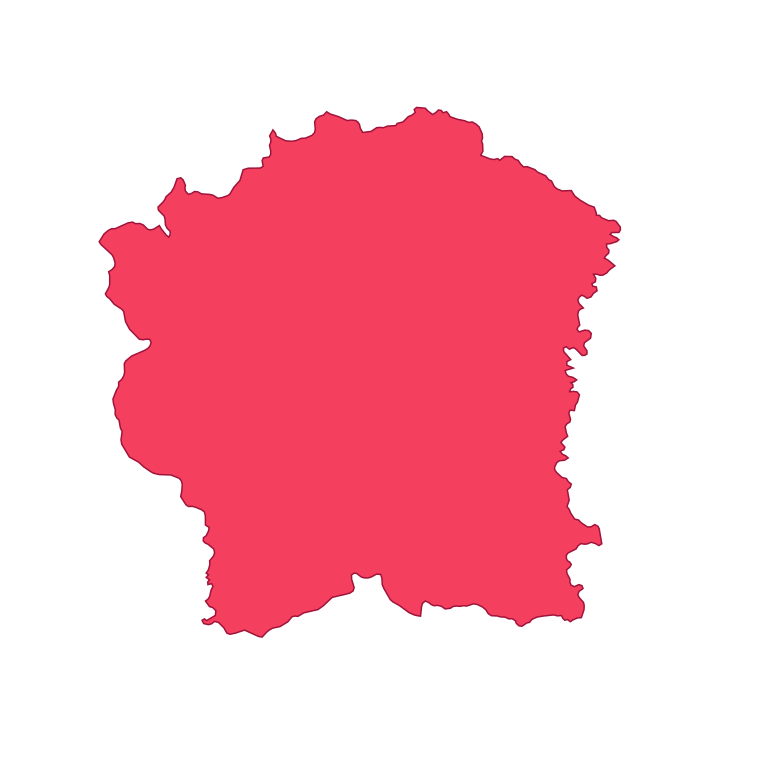 Patrocínio, Minas Gerais, Brazil, rotated 255°
{"feature_id": "56859067B77345042852245", "entity_name": "Patrocínio", "entity_type": "district", "adm_level": 2, "iso_a3": "BRA", "parent_name": "Brazil", "parent_adm1": "Minas Gerais", "projection": "albers", "projection_center": [-47.063, -18.985], "detail": "fine", "context": "isolated", "style": "filled", "palette": "rose", "viewbox_px": 768, "rotation_deg": 255, "n_neighbors": 0, "source": "geoboundaries", "source_scale": "gbopen_adm2", "svg_char_len": 6159}
<svg xmlns="http://www.w3.org/2000/svg" viewBox="0 0 768 768"><g transform="rotate(255 384 384)"><path d="M199.3,147.8L197.0,152.1L197.0,155.4L198.5,158.9L196.4,162.5L190.0,166.2L183.9,167.8L182.1,170.6L181.8,176.0L182.4,185.6L172.6,197.5L171.1,200.8L174.6,206.3L176.0,209.4L177.0,213.1L176.6,220.8L179.2,229.6L183.0,235.0L182.9,238.0L181.8,240.7L183.7,247.2L183.2,261.8L185.5,268.0L191.3,278.7L190.8,296.7L192.1,300.6L195.1,302.5L203.7,302.2L208.0,303.2L209.1,306.4L207.9,308.7L203.6,312.0L201.8,314.8L200.8,318.4L200.9,321.9L202.3,327.6L200.9,331.5L196.8,331.7L190.8,330.4L186.8,330.9L174.3,334.2L171.3,336.1L166.2,341.4L156.7,349.0L153.0,353.6L151.4,356.6L150.3,359.2L159.3,362.7L162.1,364.4L163.7,367.6L161.5,370.5L158.7,372.6L156.9,374.9L156.3,378.5L154.4,382.0L150.9,384.8L150.2,390.1L151.2,393.1L150.8,396.5L149.5,400.0L149.3,403.4L148.1,406.4L148.5,413.3L147.1,416.8L143.1,421.4L139.6,423.9L135.1,425.3L132.4,427.8L130.6,433.4L129.0,436.0L127.4,440.7L124.8,443.8L124.1,447.1L121.4,449.6L118.4,449.9L115.5,451.8L114.3,454.5L116.2,460.1L116.1,463.0L118.2,465.6L118.9,468.8L119.2,471.9L118.6,478.2L117.0,488.2L115.2,491.4L114.4,495.5L111.4,496.1L109.0,497.5L109.0,500.3L106.2,502.4L107.3,505.7L108.0,510.6L107.2,514.1L114.1,518.7L118.0,520.0L121.4,520.2L127.1,517.3L130.4,516.7L133.2,518.7L134.9,523.3L138.0,523.0L139.8,520.3L139.0,515.5L141.3,512.6L144.3,512.3L147.3,513.1L153.7,511.7L157.3,512.3L158.9,515.9L161.2,518.2L163.9,517.3L165.8,515.5L168.3,515.0L171.5,515.9L173.2,518.2L175.0,526.9L177.5,529.5L178.9,532.9L177.4,536.1L176.9,539.0L177.5,543.1L175.2,546.9L172.3,549.8L173.3,553.0L188.4,554.4L191.1,553.9L193.7,551.2L192.4,546.9L193.3,543.5L199.0,538.5L202.2,536.8L204.2,533.2L210.6,531.0L214.9,530.4L218.3,529.1L223.9,532.8L234.4,533.7L235.9,537.1L238.9,539.0L242.0,536.7L245.5,535.7L247.6,531.8L253.7,527.9L256.6,526.7L259.4,527.2L263.3,530.5L264.5,533.4L263.6,538.6L264.9,542.8L267.7,540.9L270.0,538.1L273.4,536.7L274.0,540.8L276.2,542.4L281.8,539.7L283.8,542.6L286.0,547.9L289.1,547.5L296.0,547.9L298.2,550.4L299.2,553.7L301.6,555.0L308.2,555.0L310.6,557.0L309.0,561.0L314.0,563.4L316.4,566.1L322.9,570.0L326.4,568.4L327.8,565.2L328.5,561.3L330.9,562.9L331.9,565.7L334.6,566.2L336.9,564.9L336.9,568.0L338.1,571.2L341.5,568.2L343.7,564.2L346.6,562.5L350.2,562.6L350.4,571.0L354.8,565.5L358.3,566.4L359.2,570.7L368.7,566.0L372.2,566.6L372.9,569.6L369.6,572.1L370.2,576.4L367.8,578.6L360.3,582.7L359.7,585.3L360.5,587.9L363.7,588.6L369.2,586.7L372.1,588.4L374.8,595.4L379.3,597.3L382.6,595.5L384.1,591.8L383.8,585.9L386.6,584.6L388.8,586.0L390.2,588.3L400.6,589.0L403.9,590.6L405.4,592.9L405.8,596.2L411.1,593.3L414.7,592.9L417.3,594.9L418.6,597.9L416.8,600.3L414.2,602.3L414.6,606.6L417.4,609.8L418.9,613.9L422.8,614.2L424.5,610.9L427.1,610.8L428.0,614.6L431.2,615.9L435.8,614.7L435.0,618.0L433.2,620.6L432.5,623.6L433.6,627.9L435.8,631.0L438.4,637.6L445.9,632.3L448.5,629.4L450.4,631.4L452.2,634.8L455.0,635.9L458.3,634.5L461.6,635.2L461.0,638.8L461.3,645.7L462.5,648.2L465.1,646.5L466.9,644.0L470.1,641.1L471.3,643.4L469.6,650.1L471.6,652.2L474.5,652.9L481.0,650.2L482.7,648.2L483.6,643.2L488.2,637.2L491.0,635.9L492.1,632.9L494.5,633.3L500.4,632.8L504.0,627.7L510.7,621.1L516.2,616.9L522.4,615.0L524.4,606.0L527.8,601.5L530.6,599.6L536.8,598.3L538.8,595.9L543.3,594.0L549.1,586.9L551.9,585.4L556.8,578.7L557.6,574.9L561.3,572.8L565.2,571.5L567.3,568.6L570.5,566.6L572.6,559.4L570.1,553.7L572.2,552.3L572.4,548.3L573.9,544.8L579.9,536.6L583.3,539.8L590.5,541.4L593.2,541.0L596.0,542.8L600.3,543.6L607.8,542.4L611.3,540.1L614.2,537.1L614.9,533.2L617.4,530.1L620.8,523.2L625.2,516.9L628.2,516.2L630.8,514.9L630.8,511.1L633.3,510.2L634.6,507.5L632.9,504.5L631.7,500.7L636.6,496.9L639.7,495.3L642.7,487.0L641.3,484.2L638.2,484.4L636.5,480.7L636.0,476.7L632.2,470.2L632.3,464.2L630.6,462.3L632.2,454.0L631.7,449.8L632.9,446.6L633.5,443.3L631.3,436.9L632.5,428.5L637.3,427.3L641.0,427.5L643.7,426.6L645.8,424.9L647.3,421.1L648.1,416.5L654.1,409.2L658.8,401.8L661.8,399.1L659.4,395.2L659.2,390.6L657.7,387.0L655.1,384.8L648.0,383.6L644.7,381.9L642.8,378.7L641.8,371.5L642.7,367.9L641.9,362.1L642.3,357.8L644.4,351.9L651.1,344.1L654.4,344.1L658.2,342.5L653.2,337.7L649.7,338.1L646.9,337.2L644.0,335.1L638.3,334.9L635.1,334.0L633.0,331.8L633.6,325.9L631.4,324.1L625.5,323.6L624.6,320.3L627.6,308.7L627.4,303.4L617.9,297.5L612.9,289.9L607.4,284.3L606.4,281.8L606.0,275.8L606.4,271.7L610.6,267.7L612.1,265.0L614.9,256.9L617.8,253.9L619.0,250.8L618.0,247.9L617.8,244.1L621.9,242.1L624.8,242.4L627.2,243.6L633.1,242.8L635.8,241.1L635.8,237.2L628.2,232.0L624.4,228.1L621.3,221.9L618.8,220.0L616.8,217.4L613.4,211.5L610.2,211.1L603.2,215.1L600.2,215.2L594.5,214.1L590.8,214.7L586.9,216.9L583.6,216.1L581.6,214.1L584.0,212.3L591.5,209.0L595.2,208.0L593.2,201.8L593.3,198.2L594.7,195.7L599.9,192.7L602.2,189.8L603.2,185.5L605.5,182.9L605.9,178.6L603.6,164.7L604.5,161.1L603.7,157.4L601.5,152.6L595.1,145.7L592.0,146.7L579.3,154.7L576.1,155.5L570.4,155.6L567.4,154.4L565.0,151.1L563.7,147.1L559.7,147.1L551.5,144.9L548.8,143.5L543.2,138.2L540.2,139.0L537.2,141.2L530.9,144.0L524.2,150.0L521.4,151.3L511.0,150.5L502.8,152.4L490.5,159.3L489.1,162.7L488.8,166.1L487.9,169.2L484.3,169.8L481.3,167.8L479.5,165.1L478.4,161.3L476.4,147.6L473.2,140.7L470.9,138.4L462.5,136.5L459.4,134.9L456.2,131.7L454.5,128.2L450.3,127.0L447.0,123.7L439.6,118.3L435.6,117.7L428.6,117.8L424.3,116.4L420.4,117.1L417.7,118.7L409.6,118.0L406.0,118.8L398.1,115.5L393.7,115.1L379.3,119.2L372.0,126.8L366.1,130.5L359.7,136.0L357.6,138.1L354.7,143.4L351.3,154.6L346.0,161.7L343.3,163.1L339.5,163.2L333.2,161.1L327.9,158.5L318.7,161.4L316.3,163.4L315.4,167.2L313.9,169.9L309.6,175.4L306.8,177.4L302.8,177.3L294.0,175.0L290.7,178.0L287.3,176.3L283.5,173.1L282.3,169.8L279.1,168.8L276.7,170.1L274.9,172.4L268.7,176.9L264.9,176.7L261.9,174.8L258.4,169.8L255.0,169.1L252.1,167.6L249.4,165.8L247.4,163.3L245.1,165.1L243.2,162.2L240.0,164.8L238.4,162.5L235.8,162.0L235.8,165.8L232.7,166.4L229.8,163.7L223.8,160.5L221.7,158.3L220.6,155.4L214.2,157.8L212.3,160.8L208.5,162.9L204.1,161.2L201.4,151.4L203.6,149.8L202.9,147.1L199.3,147.8Z" fill="#f43f5e" stroke="#9f1239" stroke-width="1.5"/></g></svg>